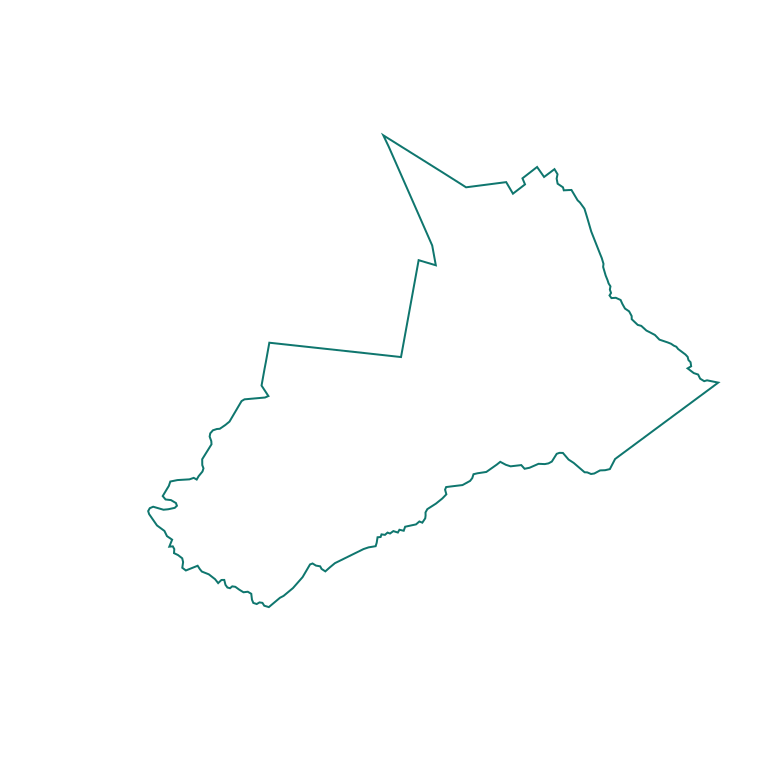 the district of São Luiz, Roraima, Brazil, rotated 54°
{"feature_id": "56859067B55722960817653", "entity_name": "São Luiz", "entity_type": "district", "adm_level": 2, "iso_a3": "BRA", "parent_name": "Brazil", "parent_adm1": "Roraima", "projection": "orthographic", "projection_center": [-60.131, 0.848], "detail": "fine", "context": "isolated", "style": "outline", "palette": "teal", "viewbox_px": 768, "rotation_deg": 54, "n_neighbors": 0, "source": "geoboundaries", "source_scale": "gbopen_adm2", "svg_char_len": 2889}
<svg xmlns="http://www.w3.org/2000/svg" viewBox="0 0 768 768"><g transform="rotate(54 384 384)"><path d="M310.4,119.8L310.6,132.8L298.4,132.6L299.0,151.1L305.4,152.6L305.8,167.8L292.5,166.5L273.1,202.0L269.0,203.6L248.1,211.9L182.4,238.4L194.9,240.7L201.8,242.2L253.9,253.5L300.3,263.6L318.4,272.3L304.2,283.2L372.2,354.4L348.3,380.7L283.2,452.5L297.1,467.0L301.4,471.6L313.3,484.0L325.8,484.6L325.0,488.2L314.4,505.9L314.1,509.3L323.6,531.1L323.9,536.6L323.7,543.2L322.2,545.6L320.9,549.6L321.8,553.6L324.1,556.0L328.7,557.3L331.4,559.0L338.0,575.3L342.8,578.7L346.1,579.6L348.1,582.3L349.6,588.1L351.2,591.7L348.1,593.1L346.8,597.4L340.3,607.6L337.3,614.2L340.0,618.0L341.4,621.4L344.6,628.9L349.0,628.6L352.7,624.6L358.0,622.3L360.8,623.1L361.2,626.1L358.5,632.2L356.1,636.3L347.6,642.9L346.8,646.5L348.2,649.5L351.2,650.5L365.0,650.8L373.8,648.0L379.5,649.0L385.4,646.9L389.4,653.3L391.2,650.3L394.3,650.7L397.4,653.3L401.3,651.2L406.4,649.7L410.0,651.2L414.1,655.2L418.4,653.9L421.5,641.6L425.6,641.8L428.7,641.6L435.0,637.6L442.6,635.4L447.6,635.2L447.0,630.7L448.6,628.4L453.3,630.3L456.6,630.3L458.7,628.6L458.5,625.7L460.7,623.5L465.3,622.0L469.9,620.1L472.0,616.3L475.7,614.7L480.9,617.6L484.3,618.4L487.2,616.3L487.5,613.1L489.6,611.0L493.0,611.2L496.8,608.3L495.8,593.8L496.4,589.8L495.6,577.6L492.4,563.4L486.5,549.9L487.2,547.3L490.9,545.8L494.0,542.8L496.9,543.2L501.1,541.6L500.5,535.4L500.1,529.0L505.5,497.6L507.1,492.5L510.3,486.1L508.2,483.3L504.2,479.3L505.8,476.7L504.2,474.4L506.6,471.9L506.3,468.5L508.5,467.0L508.5,462.9L512.3,460.1L511.0,457.2L514.3,454.3L511.9,450.8L514.4,445.1L516.4,440.6L516.0,436.2L518.7,434.5L516.9,429.6L514.9,427.7L512.3,425.9L510.7,422.5L511.3,412.3L510.9,404.1L509.9,398.4L505.4,396.7L503.9,394.3L506.1,390.3L511.9,379.9L513.0,371.3L512.0,367.9L509.6,364.6L511.2,360.8L515.3,352.9L515.5,340.1L515.3,335.7L521.0,332.9L525.0,330.0L530.3,320.6L535.2,320.1L537.3,315.5L539.4,305.9L543.3,301.0L544.9,297.6L545.4,293.8L542.0,285.3L542.8,282.6L544.9,279.8L553.6,279.1L559.4,276.9L573.3,273.6L575.0,271.5L578.5,269.4L580.0,266.5L580.9,260.0L583.7,255.8L585.6,251.3L580.5,241.1L579.8,165.5L579.7,152.4L579.4,118.4L579.3,112.8L570.9,120.5L569.9,123.3L565.5,125.1L561.0,124.3L557.2,127.0L549.8,129.2L550.2,125.1L546.6,123.2L543.6,123.6L540.5,122.4L537.3,122.8L528.6,125.5L525.7,125.6L523.3,127.0L520.2,128.1L517.2,130.0L510.0,135.1L503.6,136.0L498.1,138.7L495.0,140.3L488.2,141.7L485.3,144.0L477.2,145.5L474.6,143.7L469.3,143.0L464.6,144.7L459.4,144.1L455.1,143.2L450.5,145.8L448.2,149.5L444.9,149.5L443.8,146.8L440.4,145.8L438.1,143.4L434.7,143.2L431.3,142.1L426.5,140.9L418.1,137.9L415.8,135.8L410.1,133.8L406.0,132.8L382.4,126.7L369.6,122.1L365.0,120.5L360.0,118.8L352.3,118.8L349.2,119.4L337.2,118.3L335.2,121.3L333.0,124.7L330.1,123.6L324.0,125.8L319.3,123.6L316.3,120.3L310.4,119.8Z" fill="none" stroke="#0f766e" stroke-width="2"/></g></svg>